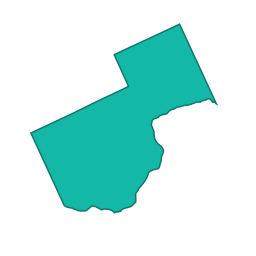 Chisago, Minnesota, United States of America (Mercator projection), rotated 65°
{"feature_id": "52423323B15141703051874", "entity_name": "Chisago", "entity_type": "district", "adm_level": 2, "iso_a3": "USA", "parent_name": "United States of America", "parent_adm1": "Minnesota", "projection": "mercator", "projection_center": [-92.792, 45.513], "detail": "fine", "context": "isolated", "style": "filled", "palette": "teal", "viewbox_px": 256, "rotation_deg": 65, "n_neighbors": 0, "source": "geoboundaries", "source_scale": "gbopen_adm2", "svg_char_len": 1447}
<svg xmlns="http://www.w3.org/2000/svg" viewBox="0 0 256 256"><g transform="rotate(65 128 128)"><path d="M55.7,37.4L55.7,109.5L90.6,109.9L90.8,146.0L91.4,170.4L91.5,218.1L151.2,218.4L171.4,218.6L173.9,216.7L175.2,215.1L176.6,213.0L181.8,208.0L183.3,205.8L184.7,202.8L185.0,201.7L185.0,200.5L184.9,199.2L183.5,194.6L183.6,193.5L183.9,192.6L185.7,190.5L190.8,186.6L191.1,186.3L190.9,185.2L191.4,183.6L192.1,182.4L193.6,179.8L195.2,178.1L196.8,176.9L199.2,175.9L199.1,173.9L199.9,172.2L200.3,169.8L200.2,169.4L199.5,168.5L199.2,167.3L199.6,163.0L200.3,159.5L200.3,158.0L198.5,152.6L198.3,152.3L196.1,151.1L191.4,149.2L190.5,148.5L188.6,145.2L187.2,143.6L186.1,140.8L184.1,136.6L181.2,132.3L180.1,130.9L177.6,128.6L176.9,127.7L176.6,125.9L176.5,123.0L177.5,118.4L177.5,117.6L177.1,116.6L171.4,111.6L168.1,109.7L165.9,107.2L164.2,105.8L163.3,105.3L162.5,105.2L159.7,105.4L158.4,105.8L155.1,107.5L152.0,108.2L148.7,108.3L145.6,107.4L142.7,106.1L142.0,106.0L134.8,105.5L131.8,103.1L131.1,102.2L130.7,100.8L131.2,96.3L130.3,94.1L130.3,92.6L130.7,89.9L131.4,87.7L131.3,86.3L130.2,83.8L129.8,81.6L129.8,80.2L130.2,78.1L130.1,76.7L129.9,75.7L130.1,73.6L130.5,72.8L131.0,69.1L131.4,67.2L132.5,64.6L133.1,60.6L133.5,54.8L135.0,51.6L135.1,51.4L134.6,50.3L135.4,45.2L135.2,43.9L135.3,42.9L136.3,41.6L137.3,41.0L139.9,40.6L140.7,40.3L140.8,40.1L140.8,38.7L141.3,38.2L142.9,38.1L143.5,37.7L55.7,37.4Z" fill="#14b8a6" stroke="#0f766e" stroke-width="1.5"/></g></svg>